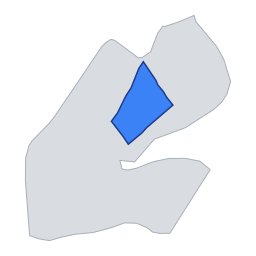 Randa, Tadjourah, Djibouti (highlighted)
{"feature_id": "41766387B54529132802745", "entity_name": "Randa", "entity_type": "district", "adm_level": 2, "iso_a3": "DJI", "parent_name": "Djibouti", "parent_adm1": "Tadjourah", "projection": "mercator", "projection_center": [42.697, 12.023], "detail": "fine", "context": "in_parent", "style": "filled", "palette": "blue", "viewbox_px": 256, "rotation_deg": 0, "n_neighbors": 0, "source": "geoboundaries", "source_scale": "gbopen_adm2", "svg_char_len": 1015}
<svg xmlns="http://www.w3.org/2000/svg" viewBox="0 0 256 256"><path d="M210.2,169.6L199.4,186.6L185.6,208.4L169.9,233.2L160.1,233.4L152.4,232.0L147.2,227.8L136.5,223.2L124.3,222.9L112.8,227.2L93.2,232.5L75.5,234.2L61.3,237.2L49.4,240.6L38.8,238.8L29.6,235.6L27.6,209.3L25.4,180.6L25.6,158.2L28.9,145.9L31.8,141.1L48.5,124.0L54.2,117.0L73.4,88.7L89.7,64.5L102.0,46.3L105.7,42.7L110.9,39.3L114.6,40.3L138.3,57.8L142.5,57.3L150.5,51.9L157.7,33.2L162.8,26.3L164.9,26.5L180.2,21.3L194.0,15.4L195.8,21.5L216.7,46.6L223.6,59.0L230.6,81.6L226.9,94.2L221.5,102.4L213.4,109.7L185.5,127.6L154.4,139.1L134.6,161.9L119.8,160.4L122.1,169.0L127.6,170.0L136.2,168.3L153.3,161.7L168.5,158.5L184.8,158.3L199.7,161.1L210.2,169.6Z" fill="#d9dde1" stroke="#a8b0b8" stroke-width="1"/><path d="M143.3,61.7L138.8,68.5L131.1,87.9L126.0,95.7L117.5,113.0L111.4,121.3L123.2,136.6L128.3,144.2L142.0,132.8L146.7,127.6L172.9,105.1L166.6,97.2L163.2,91.4L157.9,85.1L155.9,80.4L143.3,61.7Z" fill="#3b82f6" stroke="#1e3a8a" stroke-width="1.5"/></svg>